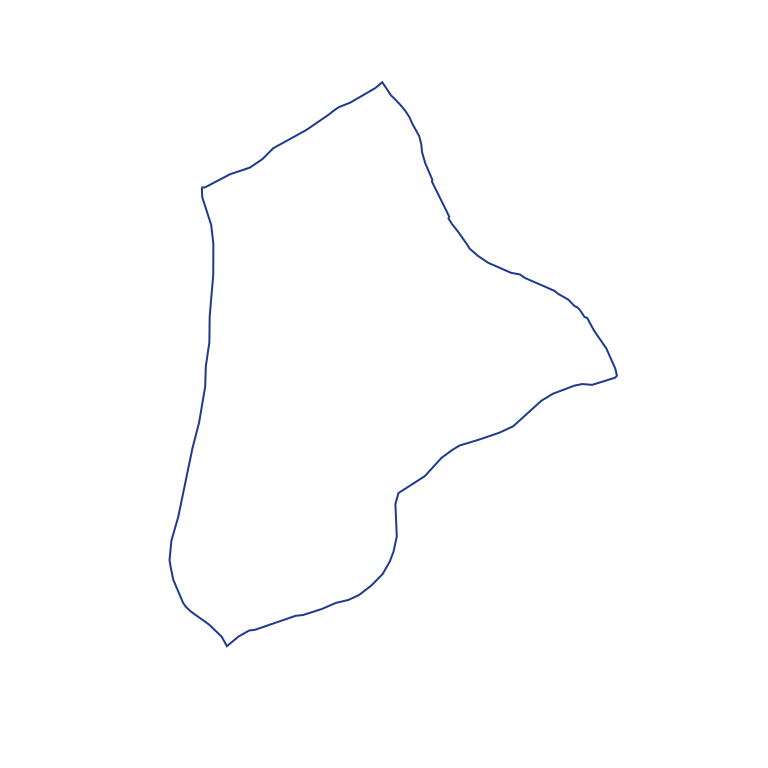 outline of San Sebastián Coatán, Huehuetenango, Guatemala, rotated 284°
{"feature_id": "79465075B42561724893677", "entity_name": "San Sebastián Coatán", "entity_type": "district", "adm_level": 2, "iso_a3": "GTM", "parent_name": "Guatemala", "parent_adm1": "Huehuetenango", "projection": "robinson", "projection_center": [-91.574, 15.801], "detail": "fine", "context": "isolated", "style": "outline", "palette": "blue", "viewbox_px": 768, "rotation_deg": 284, "n_neighbors": 0, "source": "geoboundaries", "source_scale": "gbopen_adm2", "svg_char_len": 1423}
<svg xmlns="http://www.w3.org/2000/svg" viewBox="0 0 768 768"><g transform="rotate(284 384 384)"><path d="M91.6,295.0L103.5,303.7L112.2,312.8L114.3,318.3L137.7,354.3L140.2,361.2L150.3,377.6L160.0,390.3L165.8,401.6L173.2,410.8L185.5,420.5L199.2,428.6L212.9,432.5L223.5,433.8L239.2,433.3L270.3,424.1L281.7,424.4L304.5,445.9L326.5,457.8L337.3,466.9L342.6,472.2L352.8,489.3L364.8,507.9L374.4,519.7L405.8,540.7L415.3,550.1L428.4,569.0L431.9,576.3L433.5,586.1L446.1,606.8L448.4,608.0L454.9,604.7L472.3,591.1L486.6,574.9L497.3,565.1L497.4,562.5L503.6,555.7L505.3,552.6L505.6,550.2L510.5,542.3L513.6,531.1L515.6,526.9L521.0,494.9L523.2,489.4L522.6,480.4L526.8,455.8L531.1,444.0L536.1,434.3L539.0,431.4L549.2,419.6L555.7,411.3L560.2,406.5L562.2,406.7L566.5,403.2L581.8,390.2L587.5,385.3L592.1,381.5L593.7,381.6L608.4,370.5L618.0,364.9L625.6,362.2L633.0,358.2L644.1,347.9L649.1,344.1L654.1,338.7L658.7,332.5L661.5,328.1L663.2,325.4L665.8,320.9L676.4,309.3L669.2,304.1L648.7,283.0L642.0,273.6L640.1,271.7L636.1,268.3L632.7,265.8L611.7,247.2L586.0,219.5L572.9,211.7L561.6,201.6L550.3,183.9L531.3,162.5L530.8,160.1L529.4,160.0L521.2,162.5L496.6,177.8L478.8,184.5L448.7,191.9L407.5,198.5L382.0,204.5L358.2,206.8L338.4,211.1L302.1,213.9L275.1,213.7L205.1,216.5L180.7,215.6L161.2,218.5L155.0,221.2L143.2,226.8L123.4,241.7L120.0,245.4L116.5,251.6L108.3,272.4L99.5,287.7L91.6,295.0Z" fill="none" stroke="#1e3a8a" stroke-width="2"/></g></svg>